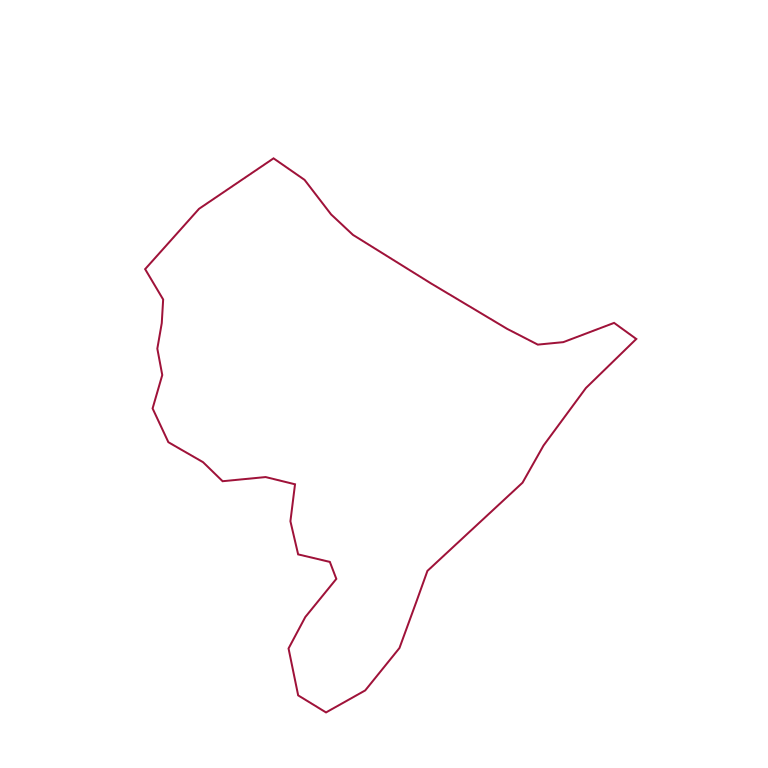 an SVG outline of Ermera, rotated 148°
{"feature_id": "TLS-549", "entity_name": "Ermera", "entity_type": "District", "adm_level": 1, "iso_a3": "TLS", "parent_name": "East Timor", "parent_adm1": "", "projection": "mercator", "projection_center": [125.395, -8.82], "detail": "fine", "context": "isolated", "style": "outline", "palette": "rose", "viewbox_px": 768, "rotation_deg": 148, "n_neighbors": 0, "source": "natural_earth", "source_scale": "10m", "svg_char_len": 670}
<svg xmlns="http://www.w3.org/2000/svg" viewBox="0 0 768 768"><g transform="rotate(148 384 384)"><path d="M562.3,134.1L600.6,135.9L607.2,136.2L621.8,165.4L605.1,210.3L574.2,228.1L527.7,244.0L524.2,261.8L547.1,285.0L536.1,317.2L512.6,346.1L533.7,367.8L572.4,387.1L578.9,413.6L590.8,435.9L597.7,448.9L593.2,485.9L567.3,509.1L557.5,534.1L540.2,553.4L526.5,572.7L525.7,608.0L483.0,620.4L448.0,630.6L358.1,633.9L343.2,599.2L339.0,555.8L331.3,526.9L290.8,444.3L250.3,365.4L232.7,335.9L209.8,324.5L156.5,313.9L146.2,288.5L214.9,273.6L281.3,247.3L318.8,226.9L388.4,213.6L446.2,202.5L471.8,182.3L510.8,151.9L562.3,134.1Z" fill="none" stroke="#9f1239" stroke-width="2"/></g></svg>